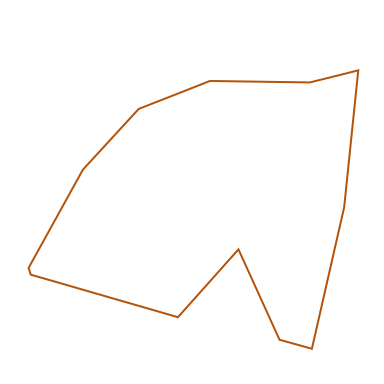 SVG path tracing the border of Ngardmau, rotated 7°
{"feature_id": "PLW-5253", "entity_name": "Ngardmau", "entity_type": "state/province", "adm_level": 1, "iso_a3": "PLW", "parent_name": "Palau", "parent_adm1": "", "projection": "equal_earth", "projection_center": [134.587, 7.599], "detail": "fine", "context": "isolated", "style": "outline", "palette": "amber", "viewbox_px": 384, "rotation_deg": 7, "n_neighbors": 0, "source": "natural_earth", "source_scale": "10m", "svg_char_len": 313}
<svg xmlns="http://www.w3.org/2000/svg" viewBox="0 0 384 384"><g transform="rotate(7 192 192)"><path d="M42.0,293.7L39.1,287.2L81.0,183.1L129.0,116.0L196.3,79.6L295.6,68.9L342.2,51.0L344.9,188.5L330.1,333.0L296.9,328.0L245.1,243.3L193.3,318.0L42.0,293.7Z" fill="none" stroke="#b45309" stroke-width="2"/></g></svg>